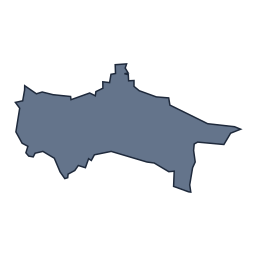 outline of Putnam, Tennessee, United States of America
{"feature_id": "52423323B64488882262112", "entity_name": "Putnam", "entity_type": "district", "adm_level": 2, "iso_a3": "USA", "parent_name": "United States of America", "parent_adm1": "Tennessee", "projection": "mercator", "projection_center": [-85.513, 36.141], "detail": "fine", "context": "isolated", "style": "filled", "palette": "slate", "viewbox_px": 256, "rotation_deg": 0, "n_neighbors": 0, "source": "geoboundaries", "source_scale": "gbopen_adm2", "svg_char_len": 912}
<svg xmlns="http://www.w3.org/2000/svg" viewBox="0 0 256 256"><path d="M15.9,131.9L22.1,143.2L27.9,146.3L25.9,152.8L28.7,156.1L33.2,156.9L35.1,153.2L42.9,151.4L54.3,158.2L60.1,171.9L64.8,178.6L67.7,177.7L68.1,174.1L74.8,170.5L78.3,165.5L85.4,167.7L88.6,158.7L91.3,160.5L94.4,154.8L111.2,151.4L146.9,162.0L154.2,163.0L168.8,171.7L174.2,171.2L173.6,186.4L188.5,191.8L190.8,192.1L189.7,184.9L192.6,167.7L195.2,162.0L193.6,150.4L194.2,144.0L197.6,142.1L223.9,144.5L230.6,133.2L240.6,129.2L234.5,126.7L207.6,123.7L169.9,105.1L168.7,97.9L156.3,96.9L139.2,90.7L134.0,86.4L134.0,80.5L128.6,80.8L128.3,74.7L124.4,73.7L128.2,73.1L125.2,68.1L126.6,63.9L115.2,64.7L115.5,73.5L111.0,74.3L109.6,82.6L102.8,81.8L102.9,88.2L95.9,91.6L95.3,95.8L89.7,93.0L71.0,99.7L70.6,96.5L53.1,94.7L42.2,92.0L36.4,93.8L24.7,85.7L24.6,90.0L22.7,100.8L15.4,102.4L19.7,108.2L15.9,131.9Z" fill="#64748b" stroke="#1e293b" stroke-width="1.5"/></svg>